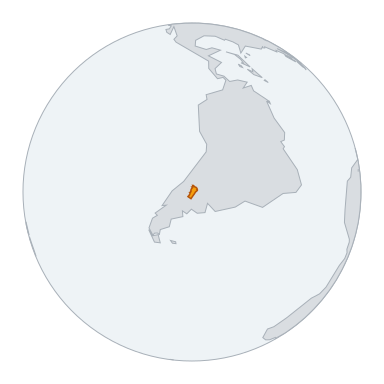 globe centered on San Luis, rotated 34°
{"feature_id": "ARG-1298", "entity_name": "San Luis", "entity_type": "Province", "adm_level": 1, "iso_a3": "ARG", "parent_name": "Argentina", "parent_adm1": "", "projection": "orthographic", "projection_center": [-66.295, -33.924], "detail": "fine", "context": "on_globe", "style": "filled", "palette": "amber", "viewbox_px": 384, "rotation_deg": 34, "n_neighbors": 0, "source": "natural_earth", "source_scale": "10m", "svg_char_len": 4459}
<svg xmlns="http://www.w3.org/2000/svg" viewBox="0 0 384 384"><g transform="rotate(34 192 192)"><circle cx="192" cy="192" r="169" fill="#eef3f6" stroke="#a8b0b8"/><path d="M165.4,25.2L164.4,25.4L167.1,25.3L170.1,24.7L169.1,24.6L171.8,24.3L186.3,23.1L200.8,23.3L210.5,24.2L211.1,24.4L203.8,24.3L191.8,23.9L182.3,25.5L194.4,24.3L195.7,25.6L198.4,25.9L201.8,25.9L203.6,25.5L205.3,26.1L194.0,27.1L192.3,26.5L195.9,26.1L190.2,26.1L182.6,27.6L183.9,28.5L171.1,31.0L171.8,31.9L169.5,33.2L169.1,31.5L169.5,34.8L154.6,41.2L154.8,49.5L148.2,44.1L141.9,44.7L134.2,46.7L134.1,48.0L124.1,49.9L114.6,55.8L110.2,64.2L113.0,69.2L124.1,65.9L127.9,61.3L136.3,58.5L129.5,69.9L144.0,68.1L142.1,76.8L146.2,80.5L153.7,78.1L161.4,79.3L167.2,73.6L176.3,70.1L176.3,77.2L181.5,70.5L186.5,73.7L204.8,73.6L203.3,75.1L218.7,84.8L235.6,90.9L239.5,97.3L237.4,100.6L243.3,102.7L243.4,105.2L266.8,114.6L278.8,124.9L278.4,134.2L268.3,142.3L259.1,165.3L241.0,169.9L236.3,180.3L222.1,195.2L211.2,192.7L214.3,201.8L208.2,206.7L201.1,206.6L199.9,213.0L194.6,213.0L198.2,217.5L189.9,226.1L192.6,233.5L186.7,240.9L188.7,245.4L186.3,245.3L183.9,247.1L183.8,249.7L176.4,245.8L173.9,235.8L176.3,230.7L173.2,230.1L178.0,217.3L174.8,220.0L174.9,202.1L179.2,187.9L181.3,150.8L177.5,144.2L164.4,137.5L148.6,116.4L152.7,106.9L149.3,103.4L160.3,90.2L157.6,80.4L153.7,79.6L149.8,83.8L136.8,80.2L132.6,74.2L95.0,76.7L91.6,75.5L92.4,70.9L84.5,65.0L85.8,73.6L81.8,73.7L79.5,71.8L82.0,69.4L81.9,65.8L79.0,67.1L81.6,64.1L92.1,55.8L103.1,48.3L114.8,41.7L126.9,36.1L139.4,31.4L152.3,27.8L165.4,25.2ZM153.6,52.9L170.3,55.8L160.4,57.5L162.4,56.3L158.2,54.8L150.3,54.2L141.8,56.8L153.6,52.9ZM161.8,46.6L158.9,46.7L161.8,46.3L161.8,46.6ZM188.9,254.5L177.1,247.4L183.7,250.4L187.8,246.3L194.1,251.9L188.9,254.5ZM201.3,244.2L206.3,242.4L207.6,243.8L204.4,245.4L201.3,244.2ZM311.3,72.3L305.9,67.2L302.7,64.4L311.3,72.3ZM348.1,256.6L343.0,266.8L342.4,266.0L339.0,271.1L335.7,273.4L332.1,273.1L331.2,263.4L335.2,257.9L340.8,243.4L350.3,213.3L354.7,205.1L356.3,195.9L355.2,170.5L355.8,161.8L354.5,155.7L352.4,152.8L350.4,145.6L348.8,143.1L335.4,132.0L328.7,121.0L314.7,96.1L315.3,91.0L310.9,82.7L311.2,72.2L312.3,73.3L320.6,82.4L328.3,92.1L335.2,102.4L341.4,113.1L346.8,124.2L351.3,135.7L355.0,147.5L357.8,159.6L359.7,171.8L360.8,184.1L360.9,196.4L360.1,208.8L358.4,221.0L355.9,233.1L352.4,245.0L348.1,256.6ZM317.0,80.1L318.4,82.2L317.0,80.1ZM205.4,73.5L207.5,75.0L204.6,74.9L205.4,73.5ZM158.9,60.1L162.5,59.8L164.3,60.5L161.5,61.2L158.9,60.1ZM189.7,58.1L194.0,58.6L189.5,59.1L189.7,58.1ZM172.9,56.2L186.3,57.9L177.7,60.1L169.2,59.3L175.2,58.3L172.9,56.2ZM159.8,49.8L162.0,50.0L161.2,51.0L159.8,49.8ZM163.9,46.4L163.0,46.6L162.0,46.0L163.9,46.4ZM196.4,25.5L197.3,25.4L200.7,25.6L199.0,25.8L196.4,25.5ZM216.2,26.0L218.5,27.0L215.7,26.2L213.8,26.4L205.6,25.2L211.0,24.5L210.0,24.9L216.2,26.0ZM196.0,24.0L200.7,24.5L195.4,24.1L196.0,24.0ZM270.7,341.5L267.1,343.2L269.1,342.1L270.7,341.5ZM83.3,321.2L82.3,320.0L87.2,323.8L93.5,328.5L98.7,332.5L83.3,321.2ZM73.0,311.9L73.6,312.5L71.0,309.5L81.1,318.8L79.0,317.4L74.6,313.5L73.7,312.6L73.0,311.9Z" fill="#d9dde1" stroke="#a8b0b8" stroke-width="1"/><path d="M194.9,195.2L194.9,197.7L194.9,198.1L192.6,198.1L191.2,198.1L191.2,197.8L191.3,197.6L191.3,197.2L191.4,196.9L191.4,196.7L191.5,196.6L191.5,196.4L191.5,196.2L191.5,195.9L191.4,195.8L191.5,195.6L191.4,195.4L191.4,195.2L191.3,194.7L191.0,194.2L190.9,194.0L190.9,193.9L190.8,193.7L190.8,193.4L190.7,193.4L190.8,193.3L190.7,193.2L190.7,192.9L190.8,192.8L190.9,192.7L190.9,192.4L190.8,192.2L190.7,192.1L190.7,191.9L190.4,191.8L190.4,191.7L190.3,191.4L190.3,191.2L190.2,191.1L189.9,190.6L189.9,190.4L189.8,190.2L189.8,189.7L189.8,189.4L189.8,189.2L189.7,189.1L189.7,188.9L189.7,188.7L189.8,188.6L189.7,188.5L189.7,188.4L189.6,188.0L189.5,187.9L189.5,187.7L189.4,187.7L189.5,187.6L189.4,187.6L189.3,187.2L189.3,186.9L189.3,186.6L189.2,186.5L189.3,186.5L189.3,186.3L189.3,186.2L189.3,185.9L189.5,185.9L189.9,185.9L190.0,185.9L190.1,186.0L190.3,186.0L190.9,186.0L191.1,186.0L191.3,186.1L191.5,186.1L191.8,186.1L192.1,186.1L192.3,186.1L192.5,186.0L192.6,185.9L192.8,186.0L193.0,186.0L193.3,186.0L193.6,186.0L193.8,186.1L194.5,186.5L194.6,186.8L194.7,187.0L194.7,187.3L194.8,187.3L195.1,187.3L195.3,187.2L195.4,187.3L195.4,187.5L195.5,187.8L195.5,188.0L195.4,188.3L195.4,188.5L195.3,188.8L195.2,189.1L195.2,189.3L195.1,189.5L194.9,189.8L195.0,192.1L194.9,195.2L194.9,195.2Z" fill="#f59e0b" stroke="#b45309" stroke-width="1.5"/></g></svg>